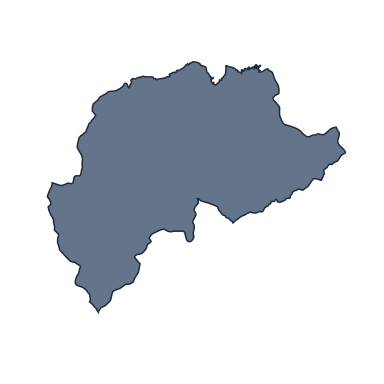 Raman, Yala, Thailand, rotated 14°
{"feature_id": "78962969B66156572835957", "entity_name": "Raman", "entity_type": "district", "adm_level": 2, "iso_a3": "THA", "parent_name": "Thailand", "parent_adm1": "Yala", "projection": "robinson", "projection_center": [101.443, 6.471], "detail": "fine", "context": "isolated", "style": "filled", "palette": "slate", "viewbox_px": 384, "rotation_deg": 14, "n_neighbors": 0, "source": "geoboundaries", "source_scale": "gbopen_adm2", "svg_char_len": 5893}
<svg xmlns="http://www.w3.org/2000/svg" viewBox="0 0 384 384"><g transform="rotate(14 192 192)"><path d="M316.2,94.2L314.4,95.0L312.5,96.2L311.2,97.3L306.8,103.9L305.5,104.6L303.5,105.0L299.9,105.1L298.0,106.8L295.0,107.8L292.6,109.9L291.2,110.4L289.8,110.5L286.5,109.2L281.3,106.0L277.7,105.0L271.3,104.3L265.7,104.1L264.3,103.6L261.6,100.9L259.0,97.2L258.2,95.6L257.7,93.9L256.7,89.2L255.9,88.0L251.0,84.2L248.7,82.9L248.2,82.5L247.9,81.7L247.9,81.0L248.5,79.6L249.5,78.0L252.3,75.7L252.0,73.1L251.6,71.5L249.9,67.8L245.0,62.7L241.2,56.7L239.9,55.9L237.1,55.4L235.8,54.1L233.7,55.3L231.4,58.1L229.4,59.0L227.7,59.4L227.8,58.6L228.5,57.6L226.8,57.1L226.5,56.1L226.7,54.7L228.0,53.1L227.9,52.8L227.3,52.6L226.7,53.1L226.5,54.1L225.5,55.8L224.6,53.7L223.8,53.0L223.2,53.1L223.6,54.2L224.5,55.0L224.3,56.5L223.6,55.9L223.0,54.6L222.6,54.4L222.2,55.1L222.5,56.2L222.4,57.0L221.6,56.1L221.0,55.8L220.7,56.4L220.8,57.1L219.6,57.0L219.2,57.5L219.1,58.4L218.3,58.7L217.9,58.4L217.2,57.0L216.9,57.1L216.3,58.0L216.3,58.5L216.9,59.4L216.9,59.8L215.7,59.4L213.7,59.3L213.1,59.7L213.1,60.3L213.8,61.2L213.0,62.1L212.2,62.2L211.3,61.3L210.5,61.6L210.4,62.0L211.6,62.9L211.1,63.2L211.4,64.1L211.2,64.9L209.3,64.1L207.6,64.3L207.3,64.0L207.3,63.3L206.1,62.7L205.7,63.1L205.0,63.0L204.0,61.9L200.3,61.3L198.2,61.6L195.2,61.1L194.4,61.2L194.3,61.6L195.0,63.4L195.6,66.9L195.9,69.1L195.7,70.2L195.2,71.0L194.6,73.1L193.2,74.7L193.5,75.8L193.5,76.5L192.9,76.9L191.9,76.5L191.6,76.6L191.7,78.9L190.4,80.4L189.6,82.0L189.0,82.5L186.7,82.2L186.8,80.9L186.6,80.6L186.0,81.7L185.3,81.7L183.1,78.3L183.2,77.9L184.5,77.3L185.0,76.3L185.0,75.9L183.7,76.6L182.9,76.7L182.4,76.3L182.1,75.3L181.0,75.2L179.3,72.8L177.8,72.8L177.3,72.0L175.8,68.3L175.2,67.7L173.8,67.1L170.5,67.1L168.7,65.7L167.1,65.2L165.5,65.0L162.4,65.2L161.3,65.5L159.0,67.7L158.3,67.9L158.5,68.9L157.0,69.4L156.6,68.9L156.2,69.7L155.3,70.3L155.1,71.2L153.5,73.7L149.9,77.2L149.2,77.6L148.6,77.3L148.1,77.5L148.0,78.2L147.5,78.6L147.6,79.3L147.2,80.0L146.3,80.0L144.2,80.8L142.9,82.4L141.9,82.9L141.6,83.8L142.5,84.7L142.2,85.6L139.7,86.3L138.2,88.1L137.6,88.0L135.8,89.0L131.4,90.8L130.4,91.8L130.2,91.7L130.0,91.2L129.3,90.9L127.6,91.2L126.5,90.0L124.0,90.2L122.8,90.9L120.7,91.0L118.2,91.6L117.2,91.4L115.6,91.9L115.5,92.4L114.3,93.2L113.4,93.2L109.1,96.3L108.0,96.3L107.5,96.7L107.3,96.3L106.8,96.3L106.6,97.0L106.0,97.5L105.8,98.8L106.8,99.8L106.9,100.6L106.8,101.4L106.3,102.0L105.9,103.2L106.2,104.4L106.1,105.5L105.9,105.9L105.3,106.1L104.8,105.4L104.2,105.2L103.5,103.7L102.7,102.9L102.0,102.6L101.1,102.6L100.4,102.9L99.7,105.5L98.6,107.3L97.2,109.0L93.1,112.6L87.5,114.4L86.3,115.2L84.6,117.6L79.8,122.0L78.4,125.5L75.1,130.0L74.9,131.1L74.8,133.4L75.6,137.1L75.9,137.8L77.1,138.5L78.1,139.6L79.4,140.1L79.8,140.6L79.9,141.3L79.2,143.3L77.4,146.6L76.9,148.9L76.1,149.6L75.6,150.5L74.4,159.5L72.2,162.3L71.7,163.4L70.6,164.1L69.5,166.3L69.3,167.2L69.4,173.9L69.8,176.7L75.8,182.8L77.3,185.5L78.1,187.3L78.1,189.3L79.8,195.4L79.5,196.6L79.8,201.0L79.7,202.5L78.6,203.7L75.6,204.2L74.3,205.5L74.0,207.1L74.3,210.4L74.1,212.2L72.8,213.2L69.6,213.3L64.5,217.1L62.5,217.4L60.2,217.4L55.6,216.9L54.0,217.0L54.5,218.5L54.4,220.7L53.4,225.3L52.7,230.9L52.9,231.6L55.9,234.2L57.9,236.9L57.8,238.5L56.4,240.6L56.1,241.4L56.4,242.1L57.3,243.9L60.1,247.9L64.0,251.7L65.1,255.2L67.3,259.3L67.5,261.7L68.1,262.5L72.4,265.1L73.1,266.1L73.1,267.3L72.9,268.6L73.0,270.1L73.8,273.5L76.3,277.6L77.1,279.4L78.1,280.5L86.6,286.2L91.1,288.7L95.5,288.7L99.1,290.1L100.7,290.3L101.9,291.6L101.5,293.8L101.7,297.1L101.6,298.9L100.9,300.4L100.5,302.1L100.3,306.1L100.6,308.2L101.7,309.7L103.1,310.4L109.2,311.0L113.7,313.0L114.7,314.3L117.8,316.5L118.2,318.2L119.1,319.8L119.5,321.5L119.2,323.4L122.7,325.2L125.6,327.4L127.2,328.1L128.2,329.6L130.3,331.4L130.2,330.4L131.5,326.4L135.4,323.2L138.5,318.3L139.0,317.0L139.2,315.5L139.0,309.4L139.3,307.9L140.1,306.7L143.0,304.5L145.2,303.2L149.9,297.7L150.8,297.2L152.8,296.9L154.4,296.0L156.6,293.7L156.9,293.1L157.1,289.8L159.2,283.7L159.4,282.7L159.0,274.4L158.7,273.8L157.2,273.2L152.2,269.3L152.0,268.5L152.2,267.8L153.6,266.1L155.9,265.2L158.3,263.6L159.4,262.0L161.3,257.9L161.3,254.2L162.2,252.8L163.8,251.2L164.2,250.2L164.0,249.4L162.1,247.8L161.7,247.2L161.9,245.7L162.5,244.1L163.5,242.3L169.7,237.1L173.1,234.8L174.7,234.9L176.2,235.5L178.3,235.9L180.3,235.9L182.2,235.3L184.0,234.4L192.6,232.2L193.9,232.5L195.0,233.6L197.8,239.0L199.4,240.6L200.9,241.0L202.3,240.5L203.0,239.9L204.2,238.0L204.8,235.2L203.8,233.4L203.1,231.5L202.8,225.4L201.6,223.0L200.2,221.4L199.9,220.5L199.9,219.6L201.4,213.3L200.9,211.8L198.7,209.8L198.4,209.1L198.3,207.3L198.6,205.6L200.4,202.2L200.7,200.9L200.2,199.2L198.7,197.1L199.6,196.9L200.2,197.0L202.3,198.4L211.5,198.8L215.9,199.3L220.2,200.1L220.9,200.7L221.5,201.9L222.7,203.3L226.7,206.4L227.3,206.7L230.0,207.1L231.3,208.5L234.8,208.9L235.8,210.0L238.0,210.8L239.2,212.1L240.9,209.5L242.8,207.4L245.3,204.2L246.9,202.7L248.7,201.6L250.7,199.5L253.6,197.3L255.9,197.5L258.5,197.1L259.9,196.5L262.2,194.6L264.8,194.4L265.5,193.3L266.4,189.9L267.1,188.8L269.2,187.0L269.7,185.4L271.1,184.4L271.1,182.0L274.0,181.3L275.0,179.0L275.5,179.0L276.7,179.5L277.1,180.7L277.4,180.9L279.8,180.7L282.1,179.2L283.1,178.2L283.9,177.8L284.6,176.8L284.6,176.1L285.9,175.0L288.2,174.6L288.7,173.6L288.3,172.3L288.4,171.5L289.4,169.8L289.9,167.2L290.8,166.3L293.0,165.1L294.6,163.4L296.1,163.2L297.6,163.6L299.2,163.3L303.0,158.7L303.8,157.1L305.5,152.3L306.8,149.6L309.3,149.1L314.7,149.4L315.5,144.1L316.0,142.4L315.5,141.1L314.8,140.2L314.6,139.1L314.9,138.3L317.2,135.4L317.7,133.2L318.6,131.6L321.1,131.5L322.9,128.8L325.2,127.1L326.1,125.8L327.6,121.1L328.6,119.5L330.9,117.5L331.3,116.8L331.2,116.3L329.9,114.8L328.2,113.6L324.0,111.2L321.7,109.1L321.1,107.5L320.9,106.4L321.1,101.4L320.5,98.9L317.7,96.3L316.2,94.2Z" fill="#64748b" stroke="#1e293b" stroke-width="1.5"/></g></svg>